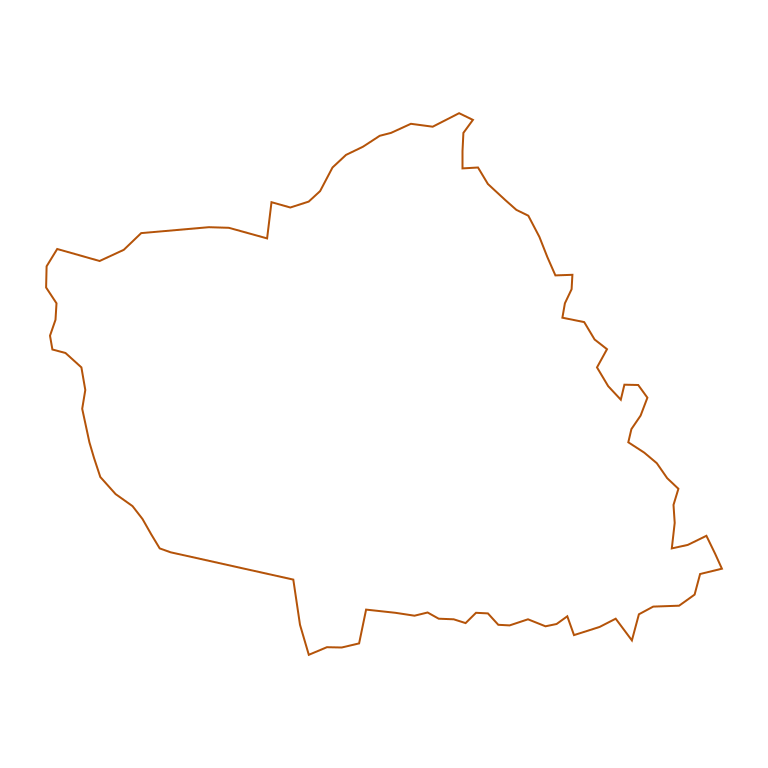 the district of Relvado, Rio Grande do Sul, Brazil
{"feature_id": "56859067B21914080433066", "entity_name": "Relvado", "entity_type": "district", "adm_level": 2, "iso_a3": "BRA", "parent_name": "Brazil", "parent_adm1": "Rio Grande do Sul", "projection": "natural_earth1", "projection_center": [-52.056, -29.114], "detail": "fine", "context": "isolated", "style": "outline", "palette": "amber", "viewbox_px": 768, "rotation_deg": 0, "n_neighbors": 0, "source": "geoboundaries", "source_scale": "gbopen_adm2", "svg_char_len": 1420}
<svg xmlns="http://www.w3.org/2000/svg" viewBox="0 0 768 768"><path d="M574.0,635.1L599.7,626.9L615.7,618.7L631.9,640.4L638.9,614.3L653.2,606.6L679.1,605.7L694.6,594.6L700.1,574.0L721.9,568.7L715.1,553.7L706.4,535.8L687.8,544.9L671.8,548.4L674.7,522.9L673.5,504.9L678.4,488.8L667.2,478.2L656.8,463.2L644.2,452.6L628.3,442.3L631.4,429.1L640.6,415.6L647.4,397.7L638.2,385.0L624.4,384.7L620.8,399.7L608.2,386.2L597.0,367.4L607.0,349.2L594.6,339.5L584.2,322.1L562.4,317.7L564.9,303.3L571.6,289.2L572.4,274.8L555.4,275.4L547.4,257.2L539.4,236.9L528.3,215.7L516.4,209.9L505.1,199.9L487.9,184.0L478.0,167.5L462.5,168.4L462.5,151.1L463.4,132.9L472.9,119.9L459.1,113.2L432.7,126.7L410.9,123.8L391.0,132.9L379.7,135.8L363.0,146.7L346.0,154.9L332.5,167.5L320.1,191.1L308.7,201.6L290.3,207.5L271.5,202.2L267.1,238.4L228.8,227.8L208.8,227.2L141.2,233.1L123.8,249.8L99.6,261.0L57.2,249.0L46.6,266.3L46.1,287.5L56.5,303.3L55.5,319.8L50.0,335.7L52.4,349.5L65.5,353.0L81.4,367.4L85.3,390.0L82.2,408.8L85.3,423.2L89.4,442.3L94.0,457.9L100.3,477.0L115.6,494.1L132.5,506.1L142.5,519.0L151.2,534.3L159.7,548.4L170.6,552.3L293.3,579.6L300.0,624.8L308.8,654.8L326.9,647.2L341.7,647.5L359.1,643.4L366.1,609.6L395.4,612.8L414.5,615.7L427.6,612.5L438.7,618.7L453.7,619.3L465.6,623.1L476.0,612.8L487.9,613.4L498.3,624.8L509.6,625.4L528.0,619.3L545.5,626.3L556.6,624.0L567.3,616.3L574.0,635.1Z" fill="none" stroke="#b45309" stroke-width="2"/></svg>